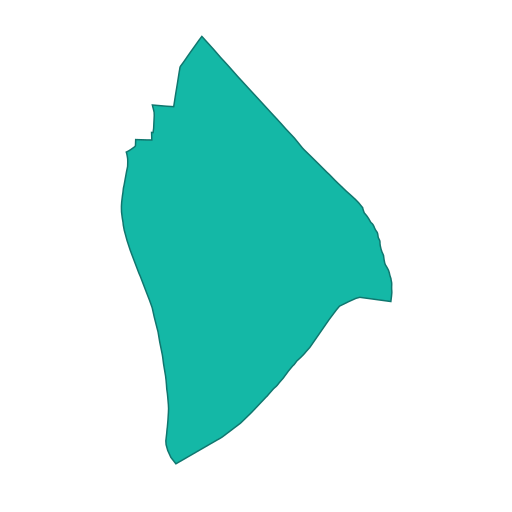 An Bien, Kiên Giang, Vietnam (Equal Earth projection), rotated 185°
{"feature_id": "81297802B3825263519858", "entity_name": "An Bien", "entity_type": "district", "adm_level": 2, "iso_a3": "VNM", "parent_name": "Vietnam", "parent_adm1": "Kiên Giang", "projection": "equal_earth", "projection_center": [105.023, 9.827], "detail": "fine", "context": "isolated", "style": "filled", "palette": "teal", "viewbox_px": 512, "rotation_deg": 185, "n_neighbors": 0, "source": "geoboundaries", "source_scale": "gbopen_adm2", "svg_char_len": 3239}
<svg xmlns="http://www.w3.org/2000/svg" viewBox="0 0 512 512"><g transform="rotate(185 256 256)"><path d="M381.8,250.8L379.9,246.8L371.2,228.8L369.5,225.7L362.1,210.5L358.1,202.4L355.4,196.5L354.9,195.4L352.1,186.5L348.3,175.6L347.0,172.0L344.4,161.9L340.7,149.4L340.1,147.0L338.7,140.5L337.5,135.8L335.5,128.1L335.5,127.9L334.8,124.6L334.0,120.1L333.3,115.7L332.3,111.3L331.6,107.6L330.3,100.1L329.8,96.3L329.6,92.3L329.4,84.4L329.4,77.6L329.5,75.8L329.5,71.3L329.7,64.0L329.1,60.2L327.0,54.6L323.2,47.9L317.7,42.0L278.9,69.2L276.3,70.9L273.8,72.8L256.8,88.2L246.7,99.9L233.8,116.2L232.7,117.4L231.1,119.7L228.4,123.4L226.9,125.4L225.6,126.8L224.7,127.7L223.8,128.8L222.9,130.1L222.3,131.0L221.7,132.0L221.0,132.9L220.3,133.9L219.5,135.0L218.6,136.2L217.8,137.4L216.7,139.3L215.3,141.5L213.9,143.9L212.1,146.5L211.0,148.1L209.8,149.8L208.6,151.1L207.9,152.2L206.9,153.8L206.2,155.0L205.9,155.3L204.6,156.7L202.5,159.0L201.5,160.2L200.4,161.5L199.1,163.2L197.5,165.5L195.4,168.3L194.5,169.5L193.8,170.7L177.6,199.1L171.3,209.2L168.6,213.1L168.5,213.3L160.1,218.4L152.8,222.5L149.0,223.9L117.7,222.4L117.5,227.9L117.5,229.3L117.5,231.3L117.7,233.1L118.0,234.9L118.2,237.2L118.3,239.2L118.4,240.3L118.6,241.5L118.9,242.5L119.3,243.8L119.6,245.2L121.0,248.5L121.8,251.1L122.3,252.2L122.7,253.2L123.2,254.0L123.9,255.1L124.5,256.0L125.3,257.1L125.7,257.7L126.1,258.1L126.4,258.7L126.9,259.6L127.2,260.4L127.6,261.8L128.1,263.5L128.7,266.2L129.0,267.6L129.6,268.8L130.4,270.2L130.9,271.1L131.2,271.7L131.4,272.3L131.7,272.9L132.2,274.2L132.7,275.8L133.2,277.4L133.4,278.4L133.6,279.3L133.7,280.5L133.9,281.5L134.1,282.1L134.3,282.5L134.8,283.3L135.3,284.2L135.7,284.8L135.9,285.4L136.1,286.0L136.3,287.0L136.5,287.8L136.7,288.6L137.0,289.4L137.4,290.2L138.0,290.9L139.0,292.1L139.4,292.7L140.5,294.5L141.0,295.6L141.7,296.7L142.1,297.3L143.0,298.3L143.8,298.9L144.5,299.4L144.9,300.0L145.7,301.1L147.0,303.0L147.9,304.1L148.6,305.0L149.5,306.0L150.4,306.9L151.3,307.8L151.5,308.0L152.0,308.5L152.3,309.2L153.1,311.0L153.7,312.4L153.8,312.9L153.9,313.3L154.1,313.6L154.4,313.9L155.5,315.0L158.3,317.9L161.4,320.6L164.6,323.1L166.7,324.7L171.8,328.5L175.5,331.5L180.9,335.8L182.6,337.2L184.3,338.6L190.2,343.7L192.8,345.7L200.9,352.5L209.1,359.3L217.3,366.0L219.3,367.8L228.0,376.8L237.2,385.0L241.2,388.8L246.4,393.6L253.8,400.3L265.5,411.0L276.6,421.1L278.7,423.0L289.4,432.8L290.7,434.0L299.1,442.0L303.1,445.7L308.7,450.8L315.8,457.7L328.6,469.6L329.1,470.0L331.9,465.5L335.3,459.7L338.8,453.8L342.2,447.9L342.9,446.6L345.7,441.8L347.5,438.9L348.0,437.9L348.2,436.9L348.3,435.3L348.6,431.7L349.3,421.5L350.1,411.0L351.0,397.6L358.5,397.4L365.9,397.4L372.4,397.4L371.8,395.5L371.4,394.5L370.0,390.3L369.6,386.9L369.1,374.3L369.3,370.0L370.8,370.0L369.9,362.5L372.5,362.3L375.0,362.1L386.0,361.5L385.7,355.4L385.9,355.0L386.1,354.6L386.3,354.3L387.0,353.7L389.8,351.3L392.2,349.5L394.3,348.2L393.6,346.5L392.8,343.6L392.3,341.5L392.0,338.9L391.9,337.5L391.7,334.1L391.8,333.1L392.3,329.0L393.6,315.0L394.0,312.1L394.1,307.4L394.3,304.6L394.5,298.0L394.4,293.9L394.2,291.7L393.8,288.1L392.5,282.1L391.4,277.9L390.9,275.2L390.3,273.1L389.5,270.2L387.8,265.6L385.9,260.4L381.8,250.8Z" fill="#14b8a6" stroke="#0f766e" stroke-width="1.5"/></g></svg>